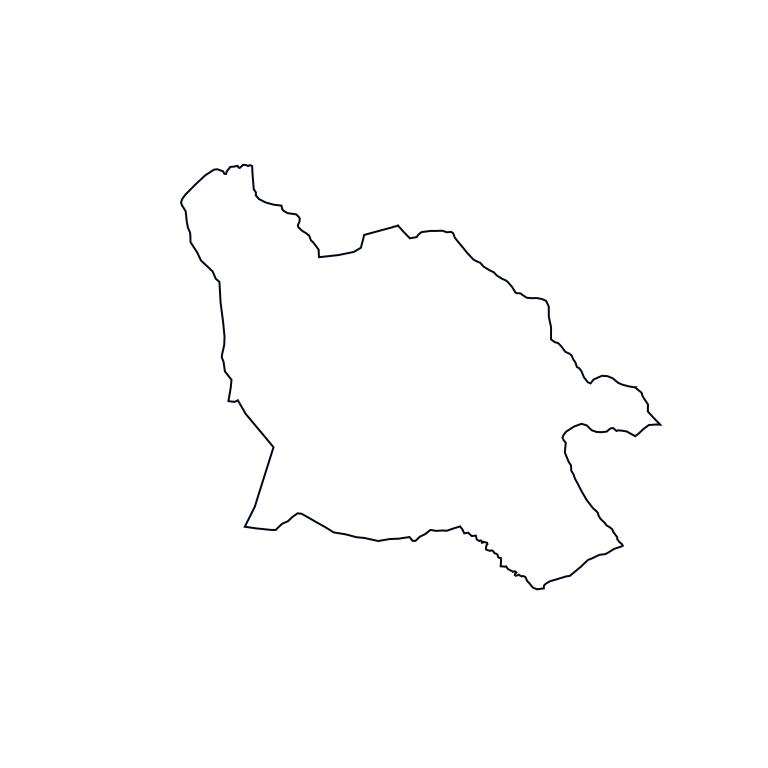 outline of Jeadepo, River Gee, Liberia, rotated 232°
{"feature_id": "62588387B74933582499482", "entity_name": "Jeadepo", "entity_type": "district", "adm_level": 2, "iso_a3": "LBR", "parent_name": "Liberia", "parent_adm1": "River Gee", "projection": "orthographic", "projection_center": [-8.425, 5.368], "detail": "fine", "context": "isolated", "style": "outline", "palette": "ink", "viewbox_px": 768, "rotation_deg": 232, "n_neighbors": 0, "source": "geoboundaries", "source_scale": "gbopen_adm2", "svg_char_len": 4534}
<svg xmlns="http://www.w3.org/2000/svg" viewBox="0 0 768 768"><g transform="rotate(232 384 384)"><path d="M502.2,488.0L502.3,487.1L505.0,480.8L513.7,460.1L512.8,459.0L512.1,458.2L505.6,449.7L506.4,443.6L506.6,441.6L507.8,439.2L513.7,427.4L523.9,410.9L524.4,411.1L530.1,415.2L538.9,415.4L539.5,415.4L542.3,414.9L547.0,416.4L548.4,416.0L550.8,415.5L554.7,413.9L560.2,413.0L562.2,413.9L562.3,414.2L564.0,417.4L566.4,419.6L569.1,419.6L571.8,419.2L578.0,413.2L582.7,411.4L584.5,411.5L587.3,412.8L587.7,413.0L588.5,412.2L589.2,411.5L593.2,407.5L599.9,402.5L606.8,399.3L611.5,399.1L613.8,401.0L617.8,401.3L620.4,403.1L631.5,410.4L635.8,413.5L636.9,414.3L637.7,413.9L639.1,413.0L639.4,411.1L641.6,410.0L643.4,407.9L643.1,403.3L644.2,402.7L646.1,402.9L647.1,400.8L647.7,399.6L649.7,396.5L648.3,391.0L646.8,388.8L647.8,387.6L650.7,388.1L655.9,384.8L657.6,381.9L658.5,371.5L657.3,358.1L655.5,344.0L653.9,338.6L652.9,337.2L652.7,336.9L652.0,335.8L649.2,334.8L642.3,334.1L633.3,328.5L628.0,325.8L622.5,324.3L620.7,323.1L618.7,321.7L615.0,318.9L605.3,318.0L602.7,317.8L598.4,316.8L593.9,315.8L582.2,317.7L581.0,317.7L578.6,318.3L576.1,317.7L570.6,316.2L569.0,316.5L565.8,317.2L549.0,305.5L532.1,295.5L519.5,287.5L513.2,282.2L506.8,274.4L504.8,272.5L500.4,271.3L491.9,266.4L481.2,266.4L475.7,261.2L471.9,257.1L467.2,251.8L466.4,250.9L465.3,251.8L464.2,252.9L462.0,255.2L461.2,257.6L461.2,258.8L449.0,257.1L446.0,256.6L433.8,257.0L427.9,257.2L416.5,257.6L402.2,258.0L398.0,251.9L373.6,216.4L366.9,206.8L357.2,186.4L347.6,195.7L347.2,196.2L338.5,205.2L335.7,208.7L336.6,217.7L335.0,223.8L335.6,230.2L335.3,236.3L332.4,239.2L331.9,239.4L324.8,242.4L316.8,245.6L307.6,249.5L298.0,253.0L289.4,261.0L280.1,268.1L274.7,273.8L264.4,282.3L263.8,282.8L261.3,287.5L258.2,293.2L253.1,300.3L247.7,309.9L242.9,309.9L241.0,312.2L241.6,318.3L240.4,323.7L240.4,330.8L236.2,334.6L232.4,340.1L229.7,343.1L226.8,351.5L226.3,352.6L224.9,356.3L221.4,356.3L216.9,355.3L215.0,358.8L210.2,359.5L208.0,363.0L204.4,361.4L201.6,362.4L201.2,363.9L200.5,364.2L198.6,363.4L198.1,364.3L198.4,365.2L195.4,367.5L194.1,366.9L193.9,365.6L192.2,363.5L190.9,362.5L188.3,364.0L187.1,365.1L186.6,366.5L185.3,367.1L184.3,367.1L182.6,366.9L181.1,368.0L179.6,368.4L177.2,367.3L176.0,367.8L174.9,368.9L171.8,366.8L169.0,364.1L168.5,363.7L166.9,365.5L165.6,366.8L165.2,368.0L163.7,367.8L161.8,367.8L159.7,368.7L157.3,369.9L156.7,369.9L155.8,371.9L155.0,372.2L153.9,372.2L153.9,370.8L153.0,369.5L151.9,369.7L151.2,370.8L150.7,372.9L149.0,373.3L147.5,374.2L147.2,375.2L145.1,376.6L140.2,375.5L137.8,375.9L134.4,375.9L131.8,376.0L128.3,378.0L126.7,380.3L125.4,382.8L124.5,384.0L126.7,386.0L127.0,389.0L126.3,393.6L124.9,396.9L122.8,402.4L120.1,409.4L118.4,412.2L118.8,426.7L119.4,432.3L119.7,436.8L118.6,440.2L117.4,445.8L116.8,448.5L113.6,453.8L113.0,457.9L112.4,463.8L110.0,470.4L109.5,472.6L111.3,472.9L114.7,472.2L118.1,472.3L119.8,473.5L122.6,473.5L125.6,473.6L126.0,473.6L129.2,474.4L132.8,473.5L135.1,472.4L136.9,472.4L139.3,472.4L144.2,471.6L148.1,472.0L150.5,473.1L152.3,473.1L157.7,472.2L167.5,472.3L177.6,473.6L186.4,475.3L191.8,476.2L196.0,477.7L200.2,478.1L204.6,481.2L208.8,481.6L213.6,482.9L218.8,484.4L223.0,488.4L225.7,491.0L229.4,491.0L231.8,491.6L233.3,494.2L234.3,498.2L233.5,507.4L231.0,515.2L226.5,518.3L219.6,519.2L216.3,521.4L215.3,522.0L212.0,525.9L209.4,530.2L209.6,535.0L208.3,537.4L203.9,538.3L203.2,540.1L201.0,542.5L197.1,546.1L192.7,547.9L188.3,549.8L188.1,553.8L188.8,560.5L188.6,567.5L184.6,573.4L181.9,576.6L183.3,576.5L192.6,575.5L199.9,575.0L205.3,579.4L212.9,580.0L215.9,580.5L218.6,581.6L221.6,580.9L226.2,579.9L226.4,580.4L227.4,579.1L229.4,577.3L231.5,575.4L236.9,571.3L240.9,569.2L247.6,567.8L251.8,565.4L252.5,565.0L256.3,560.8L258.5,551.8L257.3,547.1L259.9,545.7L266.3,545.7L272.2,547.4L276.0,547.6L278.7,546.5L283.5,548.2L286.4,548.2L290.6,549.3L293.5,548.9L297.7,546.7L304.9,546.9L308.0,546.5L309.1,546.4L311.8,544.3L316.3,543.1L320.7,546.5L325.7,550.5L335.7,555.4L343.5,561.5L349.7,562.9L353.7,560.8L357.6,557.4L360.7,553.2L364.2,549.5L368.7,548.0L371.5,547.3L373.7,544.6L375.1,543.9L381.9,544.7L388.7,544.3L391.3,543.5L394.0,541.9L400.0,539.7L404.4,539.3L408.9,537.1L415.4,534.7L417.9,534.6L420.4,534.4L423.3,532.7L427.0,531.1L435.8,530.3L441.8,530.2L451.3,529.9L455.8,529.9L457.4,530.4L460.0,531.3L462.6,530.6L464.8,527.0L468.9,524.3L472.3,519.6L476.1,514.7L480.6,507.1L480.6,503.3L479.7,500.4L480.3,498.9L481.8,496.2L482.8,494.1L489.2,493.4L493.2,493.0L500.4,492.6L500.5,491.3L502.2,488.0Z" fill="none" stroke="#020617" stroke-width="2"/></g></svg>